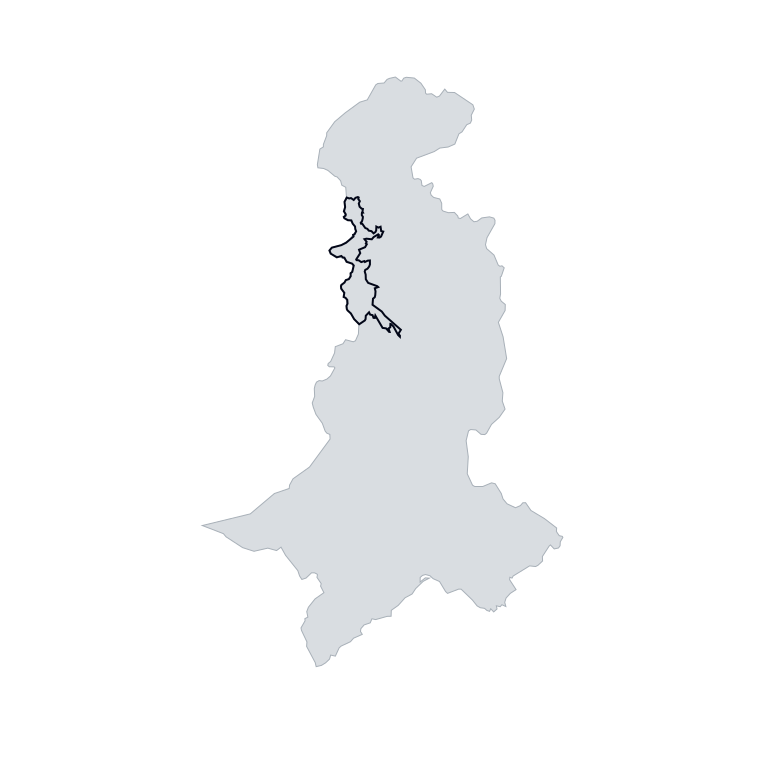 location of F.A.T.A. within Pakistan, rotated 326°
{"feature_id": "PAK-1112", "entity_name": "F.A.T.A.", "entity_type": "Territory", "adm_level": 1, "iso_a3": "PAK", "parent_name": "Pakistan", "parent_adm1": "", "projection": "equal_earth", "projection_center": [70.829, 33.002], "detail": "medium", "context": "in_parent", "style": "outline", "palette": "ink", "viewbox_px": 768, "rotation_deg": 326, "n_neighbors": 0, "source": "natural_earth", "source_scale": "10m", "svg_char_len": 5616}
<svg xmlns="http://www.w3.org/2000/svg" viewBox="0 0 768 768"><g transform="rotate(326 384 384)"><path d="M605.5,181.8L613.8,202.2L612.6,206.6L606.6,210.0L604.3,214.2L601.5,216.0L597.6,215.3L589.7,218.6L586.0,218.5L576.9,224.7L569.7,223.4L562.2,219.6L555.6,219.4L537.3,215.0L527.9,219.1L523.3,229.3L523.8,231.3L527.0,232.7L528.4,234.6L528.6,236.3L526.5,240.6L527.8,242.7L536.2,243.8L536.3,245.4L535.4,247.6L529.4,251.3L528.7,253.8L529.5,257.1L533.7,261.8L532.9,266.4L529.4,271.7L529.7,273.7L533.2,278.0L538.3,281.1L539.1,286.0L538.4,287.9L539.8,289.5L548.6,289.9L548.1,295.5L549.3,299.8L552.3,301.2L557.9,301.0L564.9,304.4L567.8,307.9L567.6,310.3L565.6,313.1L551.2,320.3L546.0,325.3L544.8,329.2L547.3,338.6L545.2,349.2L545.9,351.2L547.9,352.0L548.6,354.9L541.5,360.3L540.3,360.3L531.0,374.5L527.9,377.7L527.5,380.9L529.0,385.9L525.5,390.8L513.3,396.8L509.1,411.5L499.9,431.5L483.8,442.1L482.4,444.2L477.7,457.7L472.5,464.3L470.3,472.5L460.9,476.1L450.5,477.6L441.6,482.1L439.3,482.3L436.3,480.0L434.5,473.5L430.4,470.2L427.9,470.1L420.4,476.9L413.2,491.4L402.8,505.0L400.8,517.4L401.9,519.7L408.5,524.2L417.9,526.1L420.4,528.9L420.0,540.3L418.4,545.8L419.0,552.1L423.8,560.1L429.1,561.1L432.7,560.1L435.0,561.6L435.1,571.1L441.7,585.2L446.6,599.9L444.5,602.6L444.4,604.4L444.5,607.8L446.6,610.0L446.5,611.2L441.9,613.4L439.5,616.6L436.9,617.5L432.9,615.9L432.0,610.5L430.3,610.7L418.8,615.6L416.5,619.4L410.2,620.4L407.6,620.1L403.0,616.2L383.7,615.4L381.6,616.5L380.2,614.6L378.7,616.5L378.5,628.3L371.6,628.2L365.5,629.7L362.0,632.5L360.6,636.6L358.3,632.9L355.8,633.6L353.1,630.7L351.9,633.7L347.5,634.3L346.8,630.0L344.4,631.5L342.7,629.3L341.9,626.2L338.7,623.3L337.1,620.0L336.5,612.5L333.2,597.2L331.2,595.8L319.6,593.1L319.0,590.5L319.6,578.8L315.9,572.9L314.9,568.7L311.9,565.2L308.9,564.2L305.8,564.6L303.2,568.4L309.8,567.8L313.0,570.3L306.2,569.5L295.9,571.3L289.9,573.8L282.0,573.0L271.9,575.5L263.5,575.7L260.0,580.5L256.7,578.4L245.3,574.6L242.7,571.9L239.0,574.3L232.8,572.6L228.0,573.9L226.1,576.0L226.0,579.4L216.6,577.7L212.1,578.9L201.9,577.3L199.2,577.7L191.5,582.4L188.2,578.9L185.0,581.6L179.6,582.5L174.8,582.3L169.7,580.4L171.2,576.5L173.1,558.3L175.9,554.7L177.8,542.2L178.8,539.8L186.1,536.2L187.2,534.3L190.5,534.7L192.7,529.5L196.5,526.8L206.7,523.6L217.5,523.4L218.4,516.1L220.3,514.4L220.3,506.8L222.2,504.9L222.1,503.9L220.8,501.7L218.3,500.0L210.9,501.3L206.6,500.1L206.7,495.9L208.2,490.5L206.6,471.0L207.4,461.7L201.8,462.0L195.9,455.1L182.7,450.0L175.3,440.6L167.6,422.4L167.2,418.3L154.2,399.7L200.5,416.9L231.9,413.5L247.0,417.6L249.2,415.0L255.6,411.7L275.8,411.2L308.5,399.5L310.9,395.5L309.1,392.7L308.9,390.1L310.9,382.1L310.6,371.2L312.4,363.7L313.9,359.6L319.6,355.5L323.6,348.9L326.4,346.3L329.1,344.7L332.1,344.9L334.5,347.0L339.4,348.0L344.1,347.4L352.3,343.2L352.2,341.9L348.3,339.1L347.8,337.1L349.2,335.8L352.4,335.5L360.4,330.6L364.5,325.8L372.5,327.7L376.9,325.8L382.1,331.8L384.5,332.2L390.7,328.3L396.3,320.8L395.3,302.1L400.0,292.7L400.0,289.6L401.4,287.1L402.8,280.0L404.7,278.4L408.5,277.2L414.6,276.6L424.2,270.0L424.9,267.0L420.7,257.6L413.2,247.2L413.9,243.1L416.8,241.5L426.1,244.8L435.3,245.2L446.5,241.5L447.6,238.9L447.7,229.7L444.1,223.7L446.9,221.1L453.2,211.2L457.7,207.5L462.3,199.5L460.2,195.6L461.7,191.2L460.9,186.1L459.4,184.2L456.9,175.5L454.5,171.6L450.1,167.8L451.4,164.9L462.2,153.4L466.4,153.5L467.7,151.5L475.3,146.1L477.0,143.7L489.8,139.0L503.5,137.5L521.5,136.8L529.0,139.1L544.4,131.4L546.9,131.4L552.4,134.5L556.9,133.2L559.5,133.7L565.1,135.9L567.3,142.3L568.3,142.8L571.4,141.5L574.0,142.2L580.2,147.3L582.8,155.3L582.8,163.2L581.1,166.1L581.4,167.6L585.8,170.0L588.1,175.7L591.0,176.3L599.3,173.5L599.7,177.7L605.5,181.8Z" fill="#d9dde1" stroke="#a8b0b8" stroke-width="1"/><path d="M446.3,222.9L447.2,221.9L447.3,218.4L450.7,215.6L453.1,210.9L457.4,208.6L458.9,210.7L460.6,211.4L461.8,214.5L464.5,213.7L466.9,214.4L467.3,215.2L466.1,216.3L466.2,218.9L464.0,220.3L462.9,223.4L463.5,226.1L464.4,227.1L462.5,229.1L462.4,230.2L461.5,229.7L460.7,230.6L460.0,231.7L460.0,233.6L458.8,235.0L456.9,236.7L454.8,237.4L454.6,238.3L455.6,239.0L455.7,244.2L457.0,246.1L457.1,248.3L459.1,250.3L459.6,253.3L461.9,253.2L463.4,252.3L465.7,249.2L466.8,251.2L469.1,251.7L467.2,255.6L468.6,257.2L464.0,260.1L462.2,260.1L460.9,259.1L463.1,257.7L462.9,256.7L457.6,256.4L454.8,257.2L450.7,253.7L448.8,253.0L449.1,256.4L447.5,257.4L447.9,258.5L444.8,260.0L438.4,258.7L437.5,262.2L430.6,265.2L430.5,266.0L432.2,267.3L433.3,270.2L436.4,271.1L436.4,272.2L439.4,272.6L441.4,273.7L439.2,277.0L437.4,278.3L434.7,279.2L432.3,278.9L430.9,280.0L430.0,283.0L427.5,287.0L427.4,291.3L433.1,299.1L433.4,300.4L429.9,299.5L428.8,302.4L426.4,305.5L424.8,306.9L422.6,307.1L418.8,311.9L422.7,322.7L422.9,327.8L428.3,348.5L424.1,350.4L424.2,352.9L423.6,353.7L423.1,351.3L424.0,341.6L423.3,338.2L422.9,337.8L420.9,340.5L418.8,340.5L417.8,344.0L417.4,343.7L416.8,339.0L414.2,336.7L415.1,322.4L413.3,324.1L412.3,323.3L413.0,320.5L411.3,318.7L411.7,316.2L407.1,317.2L405.0,319.9L403.6,320.6L396.9,320.6L395.5,313.5L396.0,307.0L394.9,302.5L395.1,301.0L396.5,298.3L398.7,297.0L400.6,293.7L400.3,291.1L399.2,289.3L402.1,286.2L401.8,281.0L403.1,278.7L404.1,278.0L408.0,277.8L410.4,276.5L413.5,277.4L416.7,276.0L418.2,273.5L420.4,273.3L425.2,268.8L424.9,266.4L421.3,261.8L421.8,257.1L420.6,256.0L420.2,254.0L415.7,252.6L412.7,246.1L413.4,242.8L417.0,241.8L426.2,245.0L431.6,245.7L441.2,244.7L441.8,243.1L443.3,243.4L446.3,241.8L446.8,239.5L448.1,237.2L447.7,233.6L448.4,230.1L445.6,228.0L443.8,224.4L444.1,223.0L446.3,222.9Z" fill="none" stroke="#020617" stroke-width="2"/></g></svg>